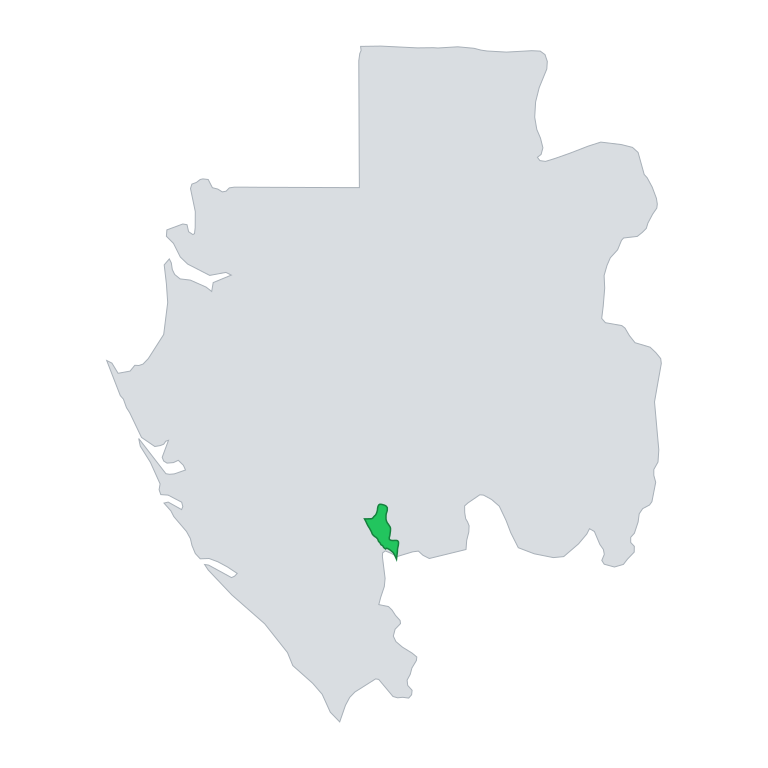 Louetsi-Wano, Ngounié, Gabon (highlighted)
{"feature_id": "22940354B18924798450478", "entity_name": "Louetsi-Wano", "entity_type": "district", "adm_level": 2, "iso_a3": "GAB", "parent_name": "Gabon", "parent_adm1": "Ngounié", "projection": "robinson", "projection_center": [11.582, -2.167], "detail": "fine", "context": "in_parent", "style": "filled", "palette": "green", "viewbox_px": 768, "rotation_deg": 0, "n_neighbors": 0, "source": "geoboundaries", "source_scale": "gbopen_adm2", "svg_char_len": 4529}
<svg xmlns="http://www.w3.org/2000/svg" viewBox="0 0 768 768"><path d="M547.3,61.4L546.8,69.0L539.2,87.6L535.6,101.9L534.7,117.2L536.8,129.5L540.5,138.2L542.9,147.8L541.1,154.4L537.4,157.3L539.9,160.6L545.5,161.4L554.9,158.5L569.4,153.4L588.3,146.1L600.8,142.1L621.5,144.6L632.5,147.4L638.1,152.5L644.2,174.5L647.2,177.8L652.2,187.1L656.4,198.3L657.3,204.0L656.8,208.1L652.6,214.2L647.9,223.1L646.3,228.4L642.3,232.4L637.3,236.4L623.6,238.0L621.5,240.3L617.6,249.8L610.3,257.8L607.0,265.4L604.1,275.5L604.7,288.1L603.2,306.2L601.7,318.4L605.4,322.7L621.8,325.6L625.0,328.1L629.4,335.6L635.0,342.7L650.1,347.2L655.9,352.7L660.7,358.6L661.3,363.5L657.8,383.1L654.5,401.9L655.8,416.3L657.0,429.9L658.8,449.9L658.0,462.0L653.8,469.5L653.8,475.3L655.7,482.3L651.9,501.7L649.5,505.0L642.7,508.6L639.2,513.8L638.1,522.0L634.4,533.2L630.7,537.3L630.7,542.5L634.3,546.3L634.2,552.1L627.5,559.1L623.4,564.4L614.4,567.0L604.2,564.2L601.8,560.4L604.3,554.4L603.4,549.5L599.9,544.5L594.4,531.5L589.5,528.7L586.8,534.0L578.5,543.9L563.7,556.6L553.4,557.6L534.3,553.8L518.3,547.7L510.8,532.8L506.1,520.5L499.3,506.2L491.6,499.5L483.5,495.1L479.8,494.8L468.1,502.8L464.6,505.9L464.7,512.6L465.7,518.8L467.5,521.8L469.1,525.8L468.8,532.0L466.7,540.3L466.0,549.5L429.3,558.5L423.0,555.3L418.4,551.1L412.8,551.8L396.9,556.6L391.1,553.3L385.3,550.9L382.6,552.9L382.4,556.8L385.1,578.4L384.3,586.6L380.7,597.3L378.8,604.6L388.5,606.6L392.0,610.0L395.5,615.4L400.1,620.5L400.5,623.6L395.1,629.2L393.3,636.1L395.9,641.6L402.5,647.2L412.1,653.1L416.8,657.0L416.4,660.5L411.9,668.0L410.2,674.4L407.1,680.1L407.7,685.4L412.1,690.3L411.6,694.7L408.7,698.1L402.7,697.3L397.6,697.8L393.0,696.5L378.7,679.4L375.6,678.9L354.9,692.0L349.7,697.4L345.5,705.2L339.7,721.9L330.3,712.2L322.2,694.3L312.7,683.3L292.8,665.6L287.5,652.6L264.7,623.8L231.9,595.0L208.2,570.0L204.6,564.5L208.6,565.1L231.5,577.6L234.6,576.2L237.2,573.4L227.4,566.9L217.9,561.8L209.1,558.5L200.2,558.8L195.3,553.5L192.0,545.5L190.4,538.6L186.5,531.5L173.9,516.7L170.9,510.9L164.0,503.1L168.2,502.1L181.6,509.6L182.8,506.6L181.7,502.2L168.1,495.1L160.8,494.6L159.1,489.7L160.1,483.9L150.4,462.3L140.3,446.2L138.7,438.5L165.9,473.7L169.5,474.3L174.3,473.9L185.5,470.0L183.4,465.3L178.3,460.3L173.4,462.6L167.0,463.1L163.7,461.0L162.2,457.3L168.5,440.3L165.8,441.2L163.7,444.2L160.2,445.6L154.8,446.5L141.5,437.4L129.7,412.7L126.5,407.7L123.4,399.1L120.3,395.6L106.7,360.5L111.9,363.1L118.1,373.3L130.1,371.1L134.8,365.3L138.9,365.5L143.0,364.1L148.3,358.6L163.7,334.5L167.7,302.6L166.4,283.7L164.2,264.9L169.3,258.9L171.3,262.9L172.3,269.6L174.7,274.5L180.1,278.9L190.3,280.1L206.1,287.1L211.7,291.5L213.2,282.6L231.3,275.1L225.9,272.4L209.7,275.4L187.7,264.1L180.3,257.0L173.5,243.4L166.4,236.3L166.9,229.9L182.8,224.0L187.0,224.7L188.6,231.7L192.9,234.6L194.5,233.6L195.2,227.6L195.3,211.6L190.5,188.5L191.9,184.1L196.3,182.5L200.2,179.5L202.9,178.9L208.2,179.5L210.9,184.8L212.4,187.7L217.8,189.1L222.3,191.9L226.1,191.2L229.3,187.9L234.0,187.2L248.4,187.2L261.5,187.3L287.6,187.4L313.7,187.5L339.7,187.6L359.4,187.6L359.3,174.5L359.2,154.2L359.1,130.2L359.0,107.2L358.9,85.9L358.8,60.7L359.8,53.5L361.1,50.5L360.6,46.4L380.8,46.1L417.4,47.9L433.3,47.7L437.9,48.0L457.8,46.8L474.0,48.3L480.9,50.1L487.0,51.0L506.4,52.1L531.7,50.7L540.2,51.1L545.0,54.6L547.3,61.4Z" fill="#d9dde1" stroke="#a8b0b8" stroke-width="1"/><path d="M396.5,559.2L396.9,555.8L397.4,551.7L397.5,549.2L397.8,547.5L398.3,545.4L398.5,543.6L398.5,542.0L397.6,540.7L396.4,540.4L395.0,540.4L393.5,540.5L392.2,540.5L390.5,540.2L389.4,539.3L389.2,537.9L389.5,536.7L389.8,535.6L390.0,534.2L390.2,532.7L390.4,531.4L390.5,529.9L390.5,528.2L390.2,527.1L388.4,524.3L387.2,522.7L386.5,521.1L386.0,519.2L386.0,517.3L386.0,515.6L386.2,513.9L386.7,512.3L387.2,510.7L387.3,509.5L387.3,507.7L386.7,506.8L385.8,505.8L384.3,505.1L382.8,504.7L381.8,504.4L380.8,504.3L379.7,504.3L378.7,505.0L378.0,506.4L377.6,508.1L377.4,510.2L376.9,512.1L376.2,513.9L375.5,515.1L374.7,515.8L373.8,516.7L373.2,517.5L372.5,518.3L371.5,518.7L369.9,518.8L368.8,518.8L367.1,518.9L364.5,518.9L365.9,521.5L366.7,523.3L367.7,525.3L368.5,526.7L369.5,528.2L370.4,529.9L371.2,531.4L371.7,532.5L372.2,533.9L373.2,535.2L374.4,536.3L375.1,536.8L376.0,537.3L376.9,538.2L377.7,539.1L378.1,540.2L378.4,541.1L378.9,541.8L379.7,542.4L380.3,543.4L380.7,544.3L381.3,545.0L382.1,545.3L383.0,546.1L383.4,547.0L383.8,547.6L384.8,548.4L385.6,549.0L386.4,548.2L388.1,548.7L390.3,550.1L393.1,552.5L394.6,555.0L396.5,559.2Z" fill="#22c55e" stroke="#15803d" stroke-width="1.5"/></svg>